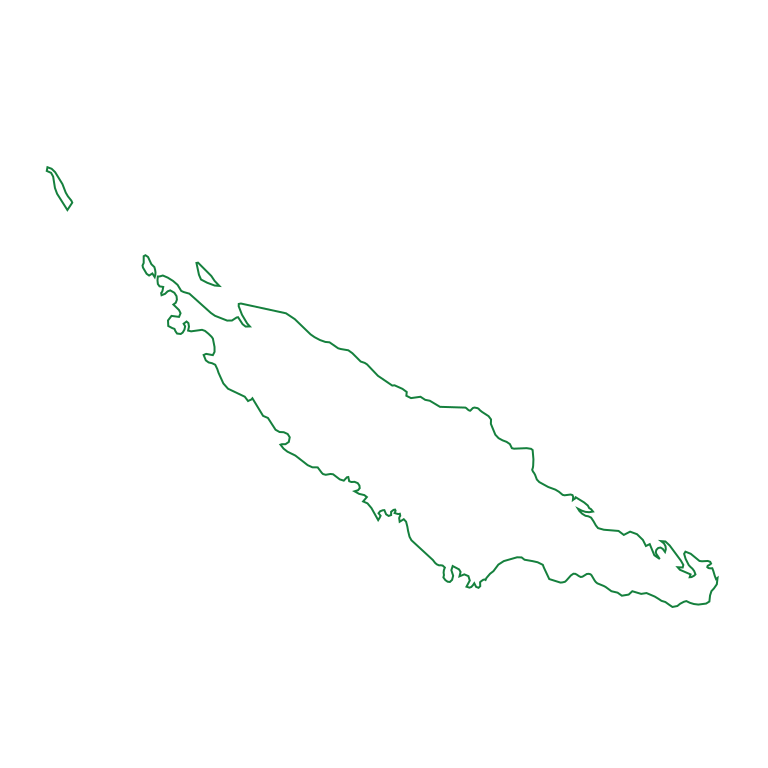 outline of Nord, rotated 349°
{"feature_id": "NCL-559", "entity_name": "Nord", "entity_type": "Province", "adm_level": 1, "iso_a3": "NCL", "parent_name": "New Caledonia", "parent_adm1": "", "projection": "natural_earth1", "projection_center": [164.928, -20.615], "detail": "fine", "context": "isolated", "style": "outline", "palette": "green", "viewbox_px": 768, "rotation_deg": 349, "n_neighbors": 0, "source": "natural_earth", "source_scale": "10m", "svg_char_len": 5382}
<svg xmlns="http://www.w3.org/2000/svg" viewBox="0 0 768 768"><g transform="rotate(349 384 384)"><path d="M446.3,595.7L445.7,595.1L444.1,595.1L442.0,596.0L440.5,596.9L439.9,600.8L437.9,602.1L435.7,600.7L434.6,596.8L432.9,598.5L431.0,599.9L429.0,600.2L426.3,598.7L430.7,593.3L430.2,588.7L426.5,586.2L421.4,587.2L423.3,583.1L422.3,580.3L416.7,575.8L414.6,579.6L415.3,585.4L413.5,589.2L410.9,590.9L408.7,590.2L406.8,588.2L405.4,585.2L406.4,583.0L406.5,580.6L407.3,578.1L408.7,575.8L406.9,573.4L405.2,572.8L403.4,572.5L401.4,571.1L400.0,569.3L398.4,566.1L381.1,542.6L379.9,538.8L379.6,532.8L379.7,528.4L379.4,523.4L377.6,520.5L373.1,522.2L373.3,518.6L373.7,517.7L374.8,516.5L374.8,514.4L373.2,514.4L372.1,513.9L369.8,512.7L371.2,510.6L370.9,509.4L369.3,509.4L366.6,510.8L366.0,514.0L363.4,514.4L361.2,512.3L360.3,507.9L358.8,507.7L355.9,508.2L354.0,509.8L355.5,512.7L354.0,514.7L352.3,516.5L348.0,503.4L345.0,498.0L341.1,495.3L345.6,491.7L343.5,489.3L338.6,487.1L334.6,483.7L338.3,483.3L340.3,481.6L340.5,479.0L339.3,476.3L336.4,474.4L333.3,474.0L331.3,472.8L331.2,468.5L329.8,468.5L326.1,471.2L322.4,469.2L316.8,462.9L314.3,462.1L309.5,462.0L307.0,460.8L306.0,459.4L303.0,453.2L297.8,452.1L293.6,449.1L283.3,437.3L276.3,432.0L273.1,428.3L270.8,423.8L272.3,423.6L275.8,424.3L279.5,422.7L281.3,418.3L279.9,414.7L276.4,412.2L272.3,411.2L268.8,408.2L263.6,395.2L259.2,392.2L252.1,372.9L250.8,373.9L249.7,374.2L248.6,374.4L247.3,374.8L244.9,369.9L230.0,358.9L226.4,352.8L223.7,341.4L223.2,337.5L222.0,332.9L219.2,330.8L216.0,329.4L213.6,326.8L212.5,321.1L215.2,320.5L221.5,323.0L223.8,320.1L224.7,315.3L224.7,306.8L223.8,304.8L221.3,301.2L218.4,297.7L215.7,296.1L204.7,295.5L201.9,294.2L203.5,290.5L203.6,286.9L202.1,285.0L198.8,286.6L199.8,289.4L198.5,292.5L196.2,295.1L194.0,296.1L190.5,295.0L189.4,292.5L188.8,289.9L186.8,288.7L183.3,285.9L184.1,280.4L188.4,276.6L195.6,279.0L197.8,275.7L196.9,272.3L192.4,265.8L195.1,264.5L196.8,261.7L197.1,258.2L195.6,254.4L192.0,251.3L189.2,251.8L186.3,253.7L182.6,254.4L182.6,252.2L183.8,251.1L184.5,249.9L185.8,246.6L182.3,245.3L181.1,242.7L181.4,239.2L182.5,235.3L184.4,235.6L187.6,235.3L192.0,238.3L196.6,242.6L200.3,247.3L202.7,253.9L204.9,255.5L210.2,258.2L227.6,281.2L231.1,284.8L242.1,291.8L246.8,292.7L252.0,290.6L253.5,290.6L256.6,298.3L259.1,301.2L263.3,301.9L261.2,298.4L257.8,288.9L256.2,279.9L256.7,277.7L258.9,277.7L301.3,295.9L308.8,303.3L321.4,321.3L324.8,324.8L329.5,328.6L334.4,331.5L338.5,332.7L345.8,340.2L348.2,341.4L355.4,344.1L358.8,347.7L365.4,357.5L369.1,359.6L371.1,361.5L379.6,374.8L391.8,387.1L394.1,387.3L401.2,392.3L404.8,396.2L403.7,399.8L407.8,403.0L417.4,403.5L421.4,407.4L425.8,409.2L434.6,417.1L459.4,422.7L460.1,423.3L462.0,425.8L463.4,426.7L464.2,426.3L465.4,425.4L466.8,424.5L468.4,424.4L471.3,425.6L472.3,426.6L473.1,428.0L474.9,430.1L480.5,435.5L482.3,439.2L481.3,443.5L483.6,455.0L486.1,459.0L489.6,461.9L493.3,464.2L496.1,467.0L497.3,471.4L499.3,472.3L511.8,474.2L516.0,475.7L517.3,477.2L516.3,486.5L514.8,492.8L514.2,494.5L513.1,496.5L513.5,498.3L514.4,500.2L515.0,502.1L515.8,506.9L517.7,509.9L525.5,516.4L532.1,520.4L535.2,523.2L538.2,526.9L540.0,527.7L546.1,528.1L547.8,529.0L548.2,530.9L547.3,533.9L548.7,533.2L549.3,533.1L549.7,532.8L550.6,531.8L557.8,538.4L560.9,542.2L561.8,545.1L563.0,546.0L563.6,546.8L564.8,549.1L560.9,549.0L557.2,547.9L553.9,546.0L550.6,543.4L551.6,546.0L553.8,549.2L556.6,551.8L559.4,552.9L561.8,554.7L563.5,558.8L565.0,563.3L566.6,566.3L572.0,569.0L586.2,573.0L590.6,577.9L597.4,575.9L603.7,579.7L608.4,586.5L610.2,593.0L614.3,591.9L616.7,603.7L621.3,608.4L618.9,602.8L618.7,600.8L619.8,598.7L621.9,597.3L624.2,597.3L626.2,599.1L627.8,602.5L629.1,600.0L629.4,597.0L628.4,593.9L626.0,591.1L630.2,592.3L633.6,597.0L641.7,614.0L643.3,618.7L642.2,621.1L637.3,619.9L639.0,622.8L648.6,629.4L647.2,632.0L649.1,632.2L651.9,631.3L653.4,630.3L652.8,626.8L651.5,624.1L649.9,622.0L648.6,619.9L646.7,613.2L646.2,608.0L647.9,606.1L652.7,609.2L659.9,617.9L662.3,618.7L668.1,619.5L670.3,620.8L670.8,622.7L669.1,623.6L667.1,624.2L666.4,625.4L667.4,626.6L669.0,627.2L671.1,627.5L671.6,630.4L672.1,635.6L672.7,638.9L674.4,638.0L672.5,644.1L668.9,647.6L665.9,649.8L663.7,653.8L661.9,659.6L658.3,661.0L650.5,660.5L646.2,659.1L642.6,657.2L639.4,654.8L636.8,655.0L632.8,656.2L629.6,657.9L624.6,657.9L622.2,655.5L618.6,651.7L615.0,649.8L612.6,647.4L609.2,644.3L601.8,639.3L596.4,639.1L588.2,634.8L584.0,637.4L577.1,637.2L573.5,633.4L567.7,630.8L562.8,625.5L561.2,624.2L555.4,620.4L554.1,618.8L553.3,617.2L551.2,611.3L550.4,610.2L548.8,609.4L546.8,609.2L542.1,611.0L540.3,611.0L538.5,609.6L537.1,608.1L535.5,606.8L533.7,606.4L530.9,607.6L525.4,611.8L523.8,612.7L521.2,612.8L519.3,612.6L509.0,607.0L505.9,594.7L505.4,591.8L500.8,588.3L496.0,586.2L488.4,583.3L486.0,580.5L481.6,579.5L467.8,580.7L461.8,583.1L455.7,588.6L451.9,590.5L447.5,594.0L446.3,595.7ZM109.5,139.4L112.1,144.4L112.6,146.5L106.4,152.8L99.4,134.9L98.4,128.8L98.8,117.3L97.5,113.2L93.6,110.5L95.0,107.0L98.8,109.3L101.6,113.3L106.5,126.4L108.1,135.4L109.5,139.4ZM237.4,250.5L241.1,256.3L236.5,255.0L229.8,250.9L224.3,246.5L223.2,241.4L223.0,229.4L224.6,229.4L235.1,245.0L237.4,250.5ZM180.9,225.4L181.1,228.2L181.0,230.7L180.4,233.1L179.3,235.3L177.7,231.3L174.1,232.7L172.0,230.5L169.6,223.7L169.6,221.6L171.2,219.3L172.5,212.7L174.4,212.1L176.6,214.3L178.5,222.0L180.9,225.4Z" fill="none" stroke="#15803d" stroke-width="2"/></g></svg>